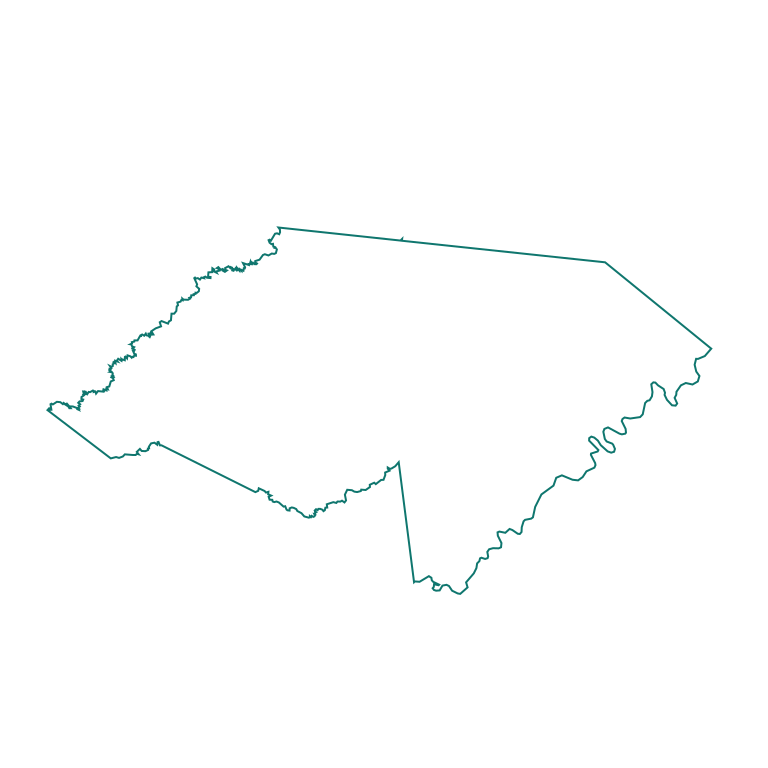 Arauquita, Arauca, Colombia (Equal Earth projection), rotated 135°
{"feature_id": "7082276B94752560507760", "entity_name": "Arauquita", "entity_type": "district", "adm_level": 2, "iso_a3": "COL", "parent_name": "Colombia", "parent_adm1": "Arauca", "projection": "equal_earth", "projection_center": [-71.114, 6.791], "detail": "fine", "context": "isolated", "style": "outline", "palette": "teal", "viewbox_px": 768, "rotation_deg": 135, "n_neighbors": 0, "source": "geoboundaries", "source_scale": "gbopen_adm2", "svg_char_len": 6166}
<svg xmlns="http://www.w3.org/2000/svg" viewBox="0 0 768 768"><g transform="rotate(135 384 384)"><path d="M270.3,473.0L348.0,569.3L348.4,566.8L350.2,564.8L352.2,564.0L353.1,566.2L354.8,567.3L362.7,565.3L362.8,566.9L363.9,567.3L365.0,564.8L364.7,562.4L363.4,561.6L365.1,559.4L364.3,557.9L365.1,557.6L364.3,556.5L364.6,554.9L367.9,553.0L369.6,553.6L371.1,555.6L374.8,556.6L376.5,560.0L378.4,560.8L384.1,559.9L388.1,562.0L389.1,561.1L388.6,559.0L389.5,558.9L390.9,560.4L390.9,562.2L391.9,562.1L391.6,563.4L392.6,563.3L391.8,564.9L393.5,564.0L393.5,563.0L394.8,564.5L395.4,563.7L398.2,569.2L399.7,564.7L400.7,564.2L401.3,565.0L403.3,563.5L404.1,565.5L404.8,564.7L404.9,567.2L406.1,566.2L405.8,570.0L408.0,567.6L407.2,570.8L408.7,570.4L409.1,571.6L410.4,570.6L411.0,571.7L409.2,573.7L409.8,575.2L410.7,574.8L410.7,577.2L414.4,578.3L415.4,576.8L414.8,575.4L417.2,575.8L417.8,578.0L416.8,578.1L416.7,579.4L418.6,580.2L418.5,583.8L420.2,584.1L419.6,582.9L420.3,580.6L423.3,582.4L423.7,581.0L424.6,583.7L423.1,585.1L423.5,587.2L426.4,584.6L429.2,587.1L432.6,584.2L431.0,582.3L431.8,581.6L434.0,584.3L434.4,586.3L436.0,586.9L436.4,586.0L437.9,588.4L440.3,588.0L440.8,590.5L442.5,591.6L442.4,592.9L443.3,593.0L445.7,586.6L447.6,585.7L447.4,582.0L449.4,580.5L451.9,580.8L452.7,581.8L453.5,581.0L455.1,582.1L455.7,581.3L457.6,583.0L459.0,581.8L460.7,582.6L460.8,581.5L463.0,582.1L466.1,585.4L466.2,586.9L467.2,585.6L467.8,586.7L469.6,586.1L472.5,587.7L474.0,585.3L475.7,585.4L479.2,582.5L482.6,582.1L484.5,584.0L489.6,579.7L491.9,580.3L494.0,579.4L496.8,585.8L498.9,586.2L500.9,582.4L506.1,584.8L511.2,585.8L512.1,582.1L513.3,583.1L513.2,584.7L514.3,584.0L513.8,585.3L514.8,586.0L515.4,583.8L516.5,583.1L516.6,585.0L517.5,586.3L516.8,588.1L519.4,587.7L520.0,590.0L521.6,590.5L522.0,589.8L522.7,590.4L527.4,589.1L529.6,591.3L530.6,590.6L532.7,591.9L533.5,590.8L535.2,591.4L534.7,590.7L535.5,588.7L534.6,586.7L536.3,586.6L537.0,588.1L536.2,584.4L537.6,584.0L538.1,584.8L539.2,582.0L538.5,580.4L539.4,579.4L540.5,580.7L542.1,580.2L542.7,581.2L543.8,581.0L543.8,583.0L545.1,585.6L547.6,583.8L547.4,586.2L548.0,586.4L550.5,584.1L551.6,586.4L552.2,586.2L552.1,587.4L553.3,586.2L554.1,589.8L556.4,589.4L556.5,588.3L557.6,590.5L559.1,588.6L559.2,590.6L559.9,590.7L560.2,589.4L561.9,589.8L563.0,588.5L564.5,588.8L565.1,590.5L565.6,588.0L566.7,588.3L566.7,586.9L567.4,588.8L568.4,588.2L568.1,586.1L569.3,586.4L568.1,584.7L568.2,583.4L569.4,582.6L569.6,581.2L570.6,581.8L570.6,580.1L571.3,580.6L571.0,581.9L572.1,581.6L571.5,579.8L572.4,577.8L575.4,579.0L580.0,576.5L582.1,577.7L583.0,575.6L583.7,577.0L584.8,575.7L586.1,578.6L586.9,578.1L586.4,576.9L587.6,576.7L591.2,581.2L594.4,580.8L593.4,582.8L594.9,583.6L594.1,584.3L594.4,585.2L597.6,586.1L598.4,587.2L601.0,586.7L600.4,589.5L602.0,591.4L603.0,589.7L601.4,590.1L601.8,588.7L602.7,588.9L602.3,587.9L604.2,589.0L604.4,588.2L607.1,588.7L608.6,587.3L607.7,585.7L609.2,585.1L611.6,587.0L613.5,586.9L613.2,584.5L615.2,584.6L615.1,583.2L617.0,583.5L617.1,582.1L617.8,582.6L618.1,581.6L618.7,583.2L618.1,584.2L619.9,588.1L622.4,590.8L622.7,588.5L623.6,589.4L623.1,591.3L623.7,594.0L622.2,593.0L622.1,594.4L623.8,595.2L623.9,597.1L625.3,596.9L625.7,600.0L627.9,602.7L632.6,603.7L633.0,605.2L634.1,605.5L637.4,601.0L638.8,602.2L637.6,602.5L637.9,603.6L640.4,603.5L629.8,524.6L625.1,521.8L623.6,519.1L619.9,517.4L617.0,517.5L611.8,511.4L609.8,509.4L608.1,509.4L607.2,507.8L606.8,510.8L602.5,510.7L602.7,508.0L600.2,505.2L597.5,504.2L596.6,505.3L595.6,504.6L594.6,505.9L590.7,506.7L587.8,504.8L587.3,501.4L585.2,503.0L584.4,502.5L585.8,499.0L584.7,498.0L551.4,398.5L548.5,397.4L546.3,398.8L544.1,392.8L544.2,390.7L542.0,389.5L543.9,387.9L542.7,384.9L545.3,385.8L546.7,383.1L544.9,381.1L545.8,379.6L545.1,378.1L543.1,376.9L542.1,374.6L541.7,368.3L540.3,367.4L541.7,364.2L541.6,363.0L540.3,361.3L538.6,362.8L536.5,361.9L535.4,360.2L534.5,357.6L535.1,355.5L533.7,351.0L534.0,346.7L531.7,342.7L530.7,342.1L529.8,343.0L529.6,341.5L528.4,341.9L528.0,340.1L526.8,339.6L525.7,339.9L525.2,341.4L524.6,340.5L523.3,342.2L522.6,341.6L522.4,343.5L520.6,343.5L520.2,341.7L518.7,342.1L517.4,340.8L516.4,338.6L516.7,336.9L515.1,336.6L512.9,338.0L511.5,336.8L509.5,339.4L503.4,336.3L501.8,333.6L500.0,333.8L498.0,331.7L496.2,331.2L495.7,328.2L493.2,328.5L489.9,333.4L484.8,335.2L481.8,331.6L481.1,328.9L479.4,326.6L476.1,324.7L474.8,325.4L471.9,322.0L466.8,321.1L465.3,322.8L460.7,321.1L460.6,319.0L453.9,318.2L452.1,316.6L447.5,318.7L445.8,320.6L441.4,318.8L441.2,321.5L440.4,322.3L439.8,319.7L438.3,318.9L434.2,317.9L428.9,318.3L502.9,222.6L501.8,222.6L498.7,219.0L488.2,216.4L487.5,213.5L489.0,211.4L489.1,209.3L486.9,203.1L487.7,203.1L490.2,207.0L492.3,205.3L494.0,205.2L494.3,203.0L493.3,201.0L490.6,198.7L485.2,200.1L481.8,197.8L480.9,195.2L482.0,189.7L480.0,183.8L478.5,181.7L468.7,181.1L466.2,185.7L454.4,186.6L448.8,188.5L445.0,191.3L441.8,191.3L439.4,192.8L438.0,192.3L436.2,188.8L433.9,187.6L432.3,188.4L429.7,192.2L426.5,192.8L423.0,190.8L419.1,186.7L416.7,185.8L413.4,188.5L410.8,196.2L408.6,198.8L406.8,198.1L403.4,193.0L397.7,192.7L396.5,190.0L395.3,183.5L394.0,181.9L391.4,182.1L387.9,185.3L382.4,188.2L380.3,188.2L375.1,184.7L373.0,184.4L364.0,190.2L350.8,194.6L336.0,192.3L328.5,195.9L322.8,193.6L318.4,183.0L314.9,178.6L309.3,177.7L302.6,179.1L294.4,176.1L291.8,177.1L290.6,178.8L287.8,187.6L286.8,188.4L280.6,185.2L279.1,185.7L279.0,198.9L277.2,200.6L274.6,200.2L273.2,197.4L272.8,192.7L274.0,187.4L273.5,178.2L271.9,174.8L269.2,173.4L266.6,174.8L264.9,179.0L264.8,180.5L267.2,185.9L266.7,189.0L262.7,195.1L259.9,196.4L256.3,194.9L252.6,182.4L251.4,180.2L248.5,178.3L247.3,178.5L244.9,181.4L242.1,189.7L240.1,190.6L237.6,190.2L234.3,185.5L226.3,179.5L222.5,179.6L212.8,185.9L209.7,185.9L207.7,184.7L203.3,185.8L199.9,188.4L195.2,194.8L192.4,194.7L191.1,193.1L191.2,189.3L189.8,182.7L191.5,179.1L193.3,177.9L195.1,172.7L195.4,165.3L193.1,162.5L190.5,162.9L188.3,168.7L185.0,169.7L182.7,171.7L175.0,173.1L169.9,171.3L166.2,165.5L160.3,163.9L155.3,166.6L154.4,172.0L150.7,178.0L145.5,181.1L144.2,179.7L137.4,176.9L127.6,177.6L141.6,313.7L270.1,472.7L268.6,473.8L270.2,473.8L270.3,473.0Z" fill="none" stroke="#0f766e" stroke-width="2"/></g></svg>